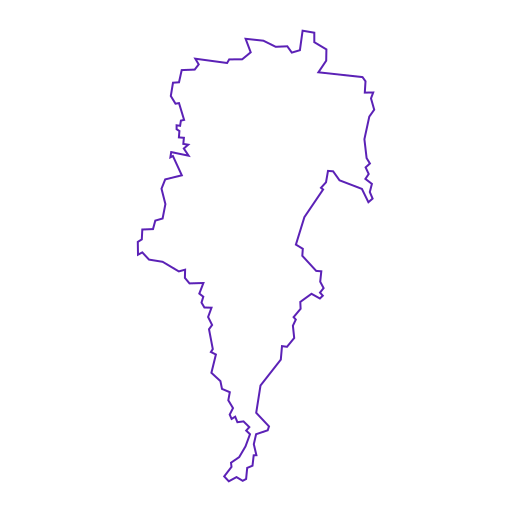 Snowy Valleys, New South Wales, Australia
{"feature_id": "25037944B29882714445476", "entity_name": "Snowy Valleys", "entity_type": "district", "adm_level": 2, "iso_a3": "AUS", "parent_name": "Australia", "parent_adm1": "New South Wales", "projection": "natural_earth1", "projection_center": [148.158, -35.943], "detail": "medium", "context": "isolated", "style": "outline", "palette": "violet", "viewbox_px": 512, "rotation_deg": 0, "n_neighbors": 0, "source": "geoboundaries", "source_scale": "gbopen_adm2", "svg_char_len": 1886}
<svg xmlns="http://www.w3.org/2000/svg" viewBox="0 0 512 512"><path d="M173.0,82.7L170.8,96.0L175.5,103.7L179.0,103.1L184.1,119.9L180.9,120.6L180.1,125.8L176.6,125.3L176.6,129.2L179.4,131.0L178.9,137.4L183.9,137.8L183.3,143.9L188.2,144.7L183.8,148.5L188.6,155.7L171.2,152.1L170.4,157.3L172.9,156.0L181.8,175.3L165.2,179.4L161.5,188.7L165.4,204.1L162.6,218.5L155.3,220.6L153.0,229.1L142.3,229.5L141.8,239.4L137.8,241.9L138.0,254.7L142.3,252.4L149.0,259.6L162.6,261.8L178.8,271.4L185.1,269.7L184.9,277.9L189.5,283.4L203.4,283.0L199.3,293.6L203.3,296.7L201.5,302.6L204.4,307.5L211.5,307.7L208.1,317.0L212.1,325.0L209.0,329.2L212.8,349.1L210.9,352.0L215.9,354.5L211.4,372.8L220.4,381.1L222.0,388.9L229.8,392.2L228.3,400.3L233.0,408.1L229.7,414.6L231.6,418.9L235.2,416.7L237.4,422.2L243.5,421.4L249.3,427.1L246.2,430.6L250.0,434.2L245.5,446.4L239.2,457.1L231.0,462.7L231.5,466.9L224.2,476.4L228.8,481.3L236.5,477.1L242.7,480.8L246.1,479.0L247.2,467.9L252.5,465.7L253.7,455.3L256.4,455.2L253.8,444.2L256.1,434.2L267.7,430.3L269.0,426.4L256.2,412.8L260.5,385.5L280.8,359.6L282.0,346.1L287.0,346.8L294.2,338.0L292.9,325.7L295.8,319.6L293.6,317.1L300.6,308.8L300.3,301.9L311.5,293.8L319.9,298.5L322.8,295.7L320.0,292.6L323.6,288.1L320.2,281.7L321.3,271.3L316.2,270.9L302.3,255.8L302.8,248.8L295.9,244.6L304.4,217.1L323.1,189.5L321.0,187.8L326.0,182.3L328.0,170.9L333.1,171.3L339.5,180.3L361.9,188.9L368.4,202.2L372.6,198.6L369.8,192.0L371.9,183.9L365.4,178.9L368.7,174.0L365.6,167.4L369.9,163.5L366.6,158.1L364.4,139.2L369.3,116.6L374.2,109.7L371.0,98.4L373.2,92.5L364.8,92.6L365.5,81.3L362.5,77.1L318.4,72.3L326.2,60.7L326.4,49.4L314.3,42.2L314.3,32.7L302.6,30.7L299.9,50.2L291.8,52.6L287.3,46.3L275.7,46.8L263.4,40.7L245.6,38.8L250.7,52.3L242.2,59.3L229.2,59.4L227.1,63.0L195.3,58.7L198.7,64.4L194.7,69.6L181.7,70.1L179.0,82.3L173.0,82.7Z" fill="none" stroke="#5b21b6" stroke-width="2"/></svg>